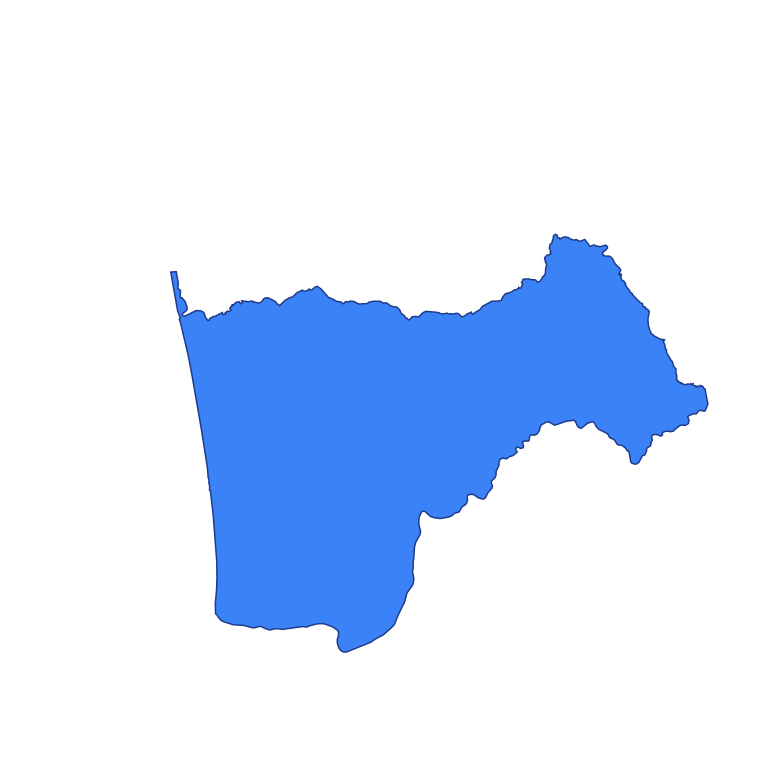 outline of Kulon Progo, Yogyakarta, Indonesia, rotated 57°
{"feature_id": "22746128B43033686501526", "entity_name": "Kulon Progo", "entity_type": "district", "adm_level": 2, "iso_a3": "IDN", "parent_name": "Indonesia", "parent_adm1": "Yogyakarta", "projection": "orthographic", "projection_center": [110.154, -7.813], "detail": "fine", "context": "isolated", "style": "filled", "palette": "blue", "viewbox_px": 768, "rotation_deg": 57, "n_neighbors": 0, "source": "geoboundaries", "source_scale": "gbopen_adm2", "svg_char_len": 6170}
<svg xmlns="http://www.w3.org/2000/svg" viewBox="0 0 768 768"><g transform="rotate(57 384 384)"><path d="M532.2,390.6L529.5,385.6L529.6,382.0L529.1,379.9L526.6,376.9L524.0,375.9L523.0,374.5L523.0,373.5L524.1,370.7L525.8,368.9L530.6,367.0L534.0,364.2L534.7,363.1L534.8,361.3L531.7,355.9L530.1,350.1L528.7,348.7L525.3,347.8L524.0,346.8L523.0,341.8L521.8,340.0L518.2,337.4L514.9,332.0L512.0,330.0L510.6,328.0L510.5,325.1L513.4,322.1L513.3,317.9L514.1,315.6L514.2,313.6L513.5,309.3L510.5,309.3L509.3,307.1L509.6,306.3L512.6,304.3L513.2,301.8L512.0,300.8L507.9,299.3L508.0,298.1L510.6,293.5L506.7,289.5L506.8,288.0L508.7,286.3L509.3,282.7L507.4,278.7L505.0,276.4L504.0,274.5L504.3,269.1L504.5,267.9L506.1,266.1L511.6,263.2L514.3,252.0L517.8,244.5L520.0,243.9L524.4,244.7L526.5,244.3L528.3,243.1L528.6,241.8L527.8,235.2L528.6,231.1L530.0,229.1L530.9,228.7L535.3,229.2L538.9,228.6L546.7,224.0L548.7,223.6L552.1,223.9L555.2,221.7L557.0,221.2L561.3,221.3L563.4,220.1L564.8,218.0L568.9,216.4L571.7,216.4L574.6,215.6L583.9,219.5L585.5,219.2L588.1,217.0L588.8,214.9L588.5,212.8L585.3,207.2L584.9,205.9L585.5,204.4L585.1,203.2L583.1,200.2L581.0,198.8L580.9,194.0L578.2,191.4L577.2,189.5L574.0,188.5L573.1,186.3L573.9,184.0L576.1,181.7L578.1,180.7L578.5,179.7L578.5,178.3L576.7,177.6L576.6,175.2L577.3,172.9L580.2,169.4L581.1,166.9L580.3,163.4L580.0,158.2L580.6,156.6L582.9,153.6L582.9,150.3L580.8,148.1L576.5,147.0L577.3,141.1L579.1,138.6L577.8,134.2L579.5,131.6L581.1,130.6L581.4,129.8L581.0,128.5L577.2,123.3L563.0,117.5L561.6,118.1L559.4,118.0L557.5,119.6L558.5,120.3L556.6,121.8L556.8,123.8L555.4,123.6L554.2,124.9L553.1,125.2L552.2,124.5L551.7,126.6L550.9,126.4L551.1,127.3L549.4,129.2L548.8,131.7L545.9,133.9L545.5,134.7L545.1,134.8L544.7,134.2L544.4,134.9L543.6,135.4L542.2,135.4L541.7,136.6L540.1,135.8L539.3,135.9L536.2,133.8L533.3,133.0L530.6,131.0L526.6,131.4L522.5,130.0L519.9,130.3L511.3,129.9L509.3,128.5L507.6,128.7L503.5,126.9L502.4,127.1L500.7,126.3L499.1,126.7L500.2,124.1L498.4,125.9L498.0,126.8L496.2,128.2L491.4,131.0L487.7,132.2L487.2,132.8L486.0,132.0L483.9,131.9L479.1,130.4L473.8,127.7L467.4,121.8L466.8,122.2L464.8,122.3L463.5,123.5L462.9,123.0L461.3,123.2L460.8,124.0L459.2,124.6L458.2,123.6L457.1,123.6L455.4,124.8L444.0,127.0L443.7,126.6L440.1,127.6L438.8,127.2L435.3,127.7L432.1,127.5L431.3,126.6L430.6,127.0L428.6,126.7L425.8,128.2L424.7,127.4L423.6,127.3L421.4,125.2L420.7,125.7L420.9,126.8L420.1,126.4L419.4,127.0L418.0,123.9L416.9,123.4L415.1,123.3L409.2,124.7L403.8,124.1L401.2,124.5L399.5,125.4L397.4,128.5L395.8,130.0L395.2,129.6L394.6,130.0L393.5,129.8L393.0,129.4L392.3,124.4L391.6,122.4L389.9,121.9L388.8,122.1L388.1,122.9L386.6,127.9L383.5,131.1L381.8,132.0L380.6,136.6L377.2,136.4L372.1,136.9L371.1,142.0L367.4,144.2L366.9,146.3L363.0,149.4L361.8,149.3L361.0,150.8L359.8,151.1L358.5,153.6L358.2,157.6L357.2,157.3L356.0,158.8L353.9,157.6L351.9,158.6L351.9,161.0L354.3,163.0L355.7,165.0L356.9,165.6L357.4,168.7L360.2,171.4L363.3,171.7L363.9,172.9L365.7,172.9L365.6,175.3L364.7,177.0L365.5,180.3L366.9,181.4L368.4,181.4L369.9,182.4L371.0,182.2L373.0,182.9L374.8,185.2L378.9,188.3L380.4,190.3L380.4,192.4L381.6,194.1L382.9,197.8L381.9,199.8L379.8,200.0L378.7,200.8L376.3,204.1L375.0,205.1L372.6,208.7L372.0,210.5L373.5,212.3L373.6,213.3L375.9,213.3L377.0,215.6L378.0,216.5L377.9,217.8L376.4,218.4L377.2,219.2L376.8,220.3L377.2,221.7L376.0,223.3L376.3,226.8L374.5,233.1L375.4,236.5L377.7,240.0L376.7,242.9L373.3,248.5L372.5,259.1L373.9,263.1L373.6,268.7L374.1,271.4L373.4,271.8L371.2,271.7L371.0,274.3L370.4,275.6L370.9,278.3L370.3,281.8L370.0,282.3L366.2,283.0L364.3,284.4L362.4,289.0L361.5,289.5L360.7,291.4L358.8,292.7L357.7,295.8L355.3,298.8L354.3,299.0L352.3,301.1L345.8,309.4L345.4,312.9L346.6,318.2L343.9,321.6L342.9,324.2L343.8,325.9L343.8,328.3L342.4,329.0L341.4,328.8L340.3,330.1L338.3,329.6L334.0,331.1L330.3,330.5L326.6,331.3L325.6,332.1L325.4,333.1L321.2,336.4L319.6,336.7L317.1,338.0L315.7,340.4L312.0,342.6L311.3,344.3L308.9,347.6L307.2,352.0L307.4,354.1L307.0,355.2L304.7,358.7L303.8,361.0L300.3,363.4L298.6,364.0L296.2,367.0L295.6,369.4L294.1,371.1L294.4,374.7L291.6,375.5L288.9,378.7L284.8,380.8L281.3,383.4L270.2,385.0L265.7,386.8L265.2,389.0L265.7,393.9L265.1,394.7L263.7,394.8L263.7,398.6L262.5,400.6L260.5,401.7L260.7,404.0L260.0,406.8L261.2,413.0L260.1,416.8L260.0,421.2L261.3,428.9L258.1,430.1L256.0,430.0L248.6,434.2L247.1,436.8L247.1,438.4L248.4,442.5L247.7,445.3L244.9,447.8L245.0,448.2L243.7,448.7L243.2,449.5L242.4,449.5L241.0,453.4L239.9,454.0L239.8,454.7L236.7,457.9L238.8,458.4L238.6,460.6L236.3,460.5L234.9,463.5L235.6,466.7L235.0,467.9L235.7,467.8L235.5,468.6L236.1,469.4L235.6,470.0L236.9,472.4L238.6,472.0L239.1,473.1L238.6,475.0L237.6,475.4L237.8,478.1L238.1,478.7L238.8,478.6L238.6,480.0L238.1,481.3L236.0,480.6L235.2,489.1L234.3,490.5L234.3,494.8L235.1,495.5L235.0,497.0L231.5,497.5L226.0,496.2L223.1,497.6L220.8,500.4L220.0,501.9L219.0,511.5L218.2,514.9L217.3,515.5L216.1,515.6L215.3,514.4L214.7,509.3L213.8,508.1L212.2,507.2L206.3,505.9L201.4,506.5L201.3,507.7L199.8,507.6L195.5,504.2L193.5,503.9L192.1,504.8L191.3,504.6L187.1,501.5L176.6,497.1L174.0,501.9L210.4,517.3L217.4,518.8L218.2,520.4L221.8,521.3L253.3,532.6L273.1,540.7L324.3,562.6L358.2,577.8L367.3,582.7L368.7,582.8L372.2,585.1L374.3,585.6L377.9,588.1L379.7,588.1L400.3,598.3L442.6,621.4L456.1,630.0L465.5,636.6L475.9,644.8L485.1,650.5L486.2,649.8L489.5,650.0L493.8,649.3L496.3,647.7L503.8,641.6L510.0,633.2L516.9,627.0L518.2,624.7L519.5,620.5L520.6,619.0L523.6,617.4L528.0,613.9L530.3,607.9L533.0,604.4L534.1,603.6L543.1,584.4L545.9,580.9L546.2,578.1L548.7,570.8L551.5,566.0L553.5,564.0L559.5,559.5L564.6,557.3L567.3,557.2L570.6,559.6L572.8,562.3L575.9,564.3L580.7,565.6L583.8,565.5L586.6,564.1L588.4,561.2L593.4,535.7L593.2,530.1L594.0,521.4L592.4,510.3L591.4,506.4L585.3,497.6L577.9,485.3L571.7,478.4L568.7,470.6L567.4,468.3L563.5,465.0L556.7,462.1L554.2,459.7L549.1,456.5L547.2,454.6L537.2,447.1L533.8,443.3L529.7,435.5L527.3,433.5L520.1,431.0L514.8,427.1L511.7,422.2L512.0,420.3L513.1,419.1L520.3,417.2L523.3,414.9L527.4,410.2L530.6,402.8L531.4,399.4L530.9,395.0L532.2,390.6Z" fill="#3b82f6" stroke="#1e3a8a" stroke-width="1.5"/></g></svg>